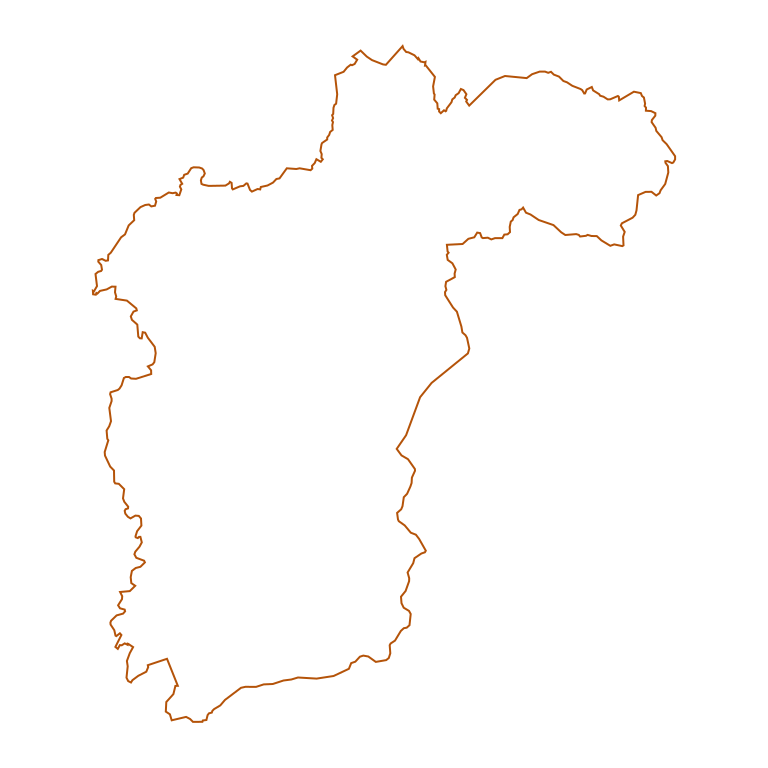 San Diego la Mesa Tochimiltzingo, Puebla, Mexico
{"feature_id": "50627088B84838795319332", "entity_name": "San Diego la Mesa Tochimiltzingo", "entity_type": "district", "adm_level": 2, "iso_a3": "MEX", "parent_name": "Mexico", "parent_adm1": "Puebla", "projection": "albers", "projection_center": [-98.329, 18.762], "detail": "fine", "context": "isolated", "style": "outline", "palette": "amber", "viewbox_px": 768, "rotation_deg": 0, "n_neighbors": 0, "source": "geoboundaries", "source_scale": "gbopen_adm2", "svg_char_len": 6043}
<svg xmlns="http://www.w3.org/2000/svg" viewBox="0 0 768 768"><path d="M98.4,260.1L98.3,261.7L101.2,265.0L102.0,269.7L101.1,271.0L98.2,271.8L95.5,274.0L97.0,286.1L93.9,291.4L92.9,290.8L93.1,294.3L95.8,294.7L96.4,293.0L97.4,293.6L100.0,290.9L106.7,289.4L111.8,286.6L115.5,286.7L115.0,292.3L116.2,296.4L115.6,298.9L126.9,300.6L136.3,308.4L136.8,310.4L133.5,311.6L130.8,316.4L131.9,319.8L137.3,324.6L138.3,336.6L139.9,338.3L141.7,338.4L142.7,332.2L145.2,332.7L147.8,337.7L154.7,346.8L155.7,353.2L154.3,362.2L152.6,364.4L147.9,366.4L151.1,370.3L151.2,374.0L136.0,378.8L131.1,378.5L129.0,377.0L125.7,377.0L123.9,378.0L121.6,385.3L119.5,388.6L117.8,390.0L110.6,392.3L110.1,394.1L111.6,398.7L111.6,401.1L109.3,407.9L111.0,421.2L109.2,426.3L106.6,430.5L107.3,438.8L108.3,440.3L104.7,452.0L105.0,455.6L110.2,466.6L114.0,470.5L114.2,481.7L115.2,483.4L118.8,483.8L124.2,489.2L123.0,498.4L124.3,501.8L128.2,506.7L128.0,508.4L125.6,509.2L124.7,510.8L125.3,513.6L127.9,516.8L130.5,518.4L135.4,515.6L138.8,515.9L141.0,518.5L141.4,525.6L137.1,531.2L135.5,536.3L135.7,537.3L137.8,538.1L139.0,536.9L140.4,536.9L141.8,542.4L139.5,546.7L135.3,551.7L134.4,554.3L136.3,557.8L144.1,560.7L144.9,562.4L140.4,566.8L135.7,568.0L131.9,570.9L130.7,577.2L131.3,583.1L135.2,585.8L129.8,591.1L120.1,592.0L122.2,596.2L122.0,599.1L118.1,605.3L120.0,608.3L124.7,609.6L125.1,611.3L123.1,613.6L116.6,615.4L111.1,620.7L110.4,622.7L110.6,624.6L114.3,630.2L115.5,635.6L116.3,636.1L119.9,633.3L121.4,635.0L115.4,646.9L117.8,648.9L119.9,645.1L121.7,645.3L124.7,643.4L127.6,644.8L127.7,643.7L128.3,643.9L133.1,647.1L129.8,653.1L126.9,661.0L127.7,666.3L126.5,677.7L128.2,681.1L131.0,682.5L132.4,680.2L138.3,675.8L146.3,671.7L148.2,667.1L147.8,665.2L167.0,658.8L177.8,685.8L175.4,685.9L173.4,694.1L166.3,702.0L165.8,711.6L169.9,714.3L171.7,720.3L186.1,716.9L190.1,719.0L193.0,721.9L202.4,721.8L202.8,720.5L206.4,720.0L207.6,715.1L209.0,713.3L211.8,712.6L212.4,710.8L214.1,709.1L220.3,705.4L225.0,699.9L241.0,687.8L245.5,686.8L256.0,686.9L263.7,684.4L272.8,684.0L283.5,680.5L291.3,679.5L298.0,677.5L316.6,678.6L333.6,676.0L348.9,668.8L351.2,663.1L355.3,661.7L359.9,656.7L363.3,655.6L368.3,656.5L375.8,661.9L386.2,660.1L388.8,658.0L390.3,653.3L389.7,645.2L390.6,643.5L395.0,640.6L400.8,631.0L403.8,628.2L406.7,627.7L409.5,625.2L410.7,614.0L409.0,610.9L403.7,607.7L401.5,603.2L401.0,596.7L405.6,591.0L409.1,581.2L409.2,578.2L407.6,572.5L413.2,563.2L414.5,558.2L421.4,553.5L424.9,552.3L425.8,550.7L419.1,538.9L415.9,534.7L410.8,532.7L404.7,525.4L398.8,521.2L398.0,519.5L397.1,512.9L401.2,509.3L402.5,506.2L403.8,497.2L407.1,493.8L410.4,486.5L411.6,483.0L411.9,477.6L415.0,470.8L414.9,469.0L408.0,459.2L401.5,455.4L396.7,448.9L406.1,435.2L420.1,397.2L431.6,382.9L467.9,353.4L469.3,348.5L467.0,337.8L465.5,335.2L462.4,332.5L461.4,326.6L456.9,311.7L453.0,307.5L445.2,295.2L445.0,292.1L446.4,289.9L445.4,286.2L446.1,281.8L454.8,277.1L454.6,273.6L455.7,269.5L452.4,263.3L447.7,259.9L446.8,254.8L448.6,252.7L447.6,251.5L446.9,244.8L462.6,244.0L468.4,238.8L474.3,237.3L477.2,232.6L480.1,233.1L481.7,237.4L482.9,238.1L487.8,237.7L491.3,239.4L495.1,238.1L502.4,238.1L504.3,234.6L507.6,234.3L510.0,232.1L509.7,226.9L510.8,221.6L512.6,220.1L513.6,217.3L517.7,214.0L519.5,209.9L521.6,209.3L523.1,207.6L526.0,212.7L530.5,214.5L538.7,220.0L553.5,225.1L561.2,232.3L565.3,235.0L576.2,234.1L578.8,234.9L580.1,236.5L586.0,235.8L587.6,234.9L591.5,236.0L596.8,236.1L601.4,240.4L610.3,245.8L614.2,244.4L622.3,246.1L623.5,245.4L623.1,236.6L624.7,231.9L620.8,225.5L621.9,223.3L632.6,217.7L635.3,214.8L636.5,210.4L638.1,195.1L645.5,191.9L651.5,191.8L656.2,195.5L659.5,193.2L660.6,190.3L665.2,184.0L668.3,172.5L667.9,166.1L665.5,162.8L665.3,161.3L667.2,161.0L672.0,163.1L673.3,162.5L675.1,159.4L675.1,156.2L666.6,144.1L662.6,140.2L661.6,137.2L656.3,130.9L655.6,127.8L651.6,122.1L651.9,120.0L655.3,115.7L655.4,113.2L651.1,111.1L645.9,110.7L646.0,107.6L644.6,106.0L645.1,103.7L643.9,97.5L642.0,96.0L640.8,93.1L633.9,91.7L619.2,100.4L618.8,96.7L617.9,96.0L610.2,99.3L607.7,99.4L603.5,96.7L600.1,95.7L599.2,94.2L593.1,90.4L591.8,87.0L586.7,89.5L585.1,93.4L584.2,93.5L582.2,90.1L580.5,89.0L572.3,85.8L567.0,82.3L563.4,81.0L559.0,76.6L553.8,74.6L551.0,71.8L548.2,72.8L545.0,71.6L539.7,71.6L532.1,74.2L526.7,78.1L505.0,76.0L495.5,79.8L469.2,105.6L466.2,101.5L467.0,99.9L464.9,97.8L466.4,94.2L463.5,90.1L460.9,89.0L458.6,93.2L455.7,95.2L454.7,97.5L452.3,99.4L451.5,102.2L446.8,108.4L446.2,110.8L445.6,111.3L444.0,110.3L440.8,113.2L439.1,111.5L439.1,109.1L437.7,108.7L437.3,103.3L434.2,99.6L434.6,94.5L433.9,93.5L433.1,86.4L434.9,76.9L425.7,65.3L425.0,65.5L425.5,61.8L424.3,62.3L420.5,61.5L418.7,58.5L418.4,58.1L417.9,59.2L414.5,55.3L408.4,52.3L406.2,52.0L403.5,48.8L402.6,46.1L385.9,64.8L383.0,64.4L372.0,60.1L366.8,56.6L360.6,50.6L352.6,56.4L357.2,59.7L354.6,64.0L352.0,65.2L350.7,64.7L347.1,67.5L343.6,71.8L335.0,75.2L337.2,94.3L336.1,103.7L334.4,105.0L333.5,107.8L333.2,113.9L332.1,115.2L333.1,118.1L332.0,120.5L333.0,122.1L332.3,125.1L332.7,129.9L330.1,132.0L329.2,134.9L327.2,137.5L327.2,139.5L322.2,142.9L321.5,144.3L320.4,151.0L321.7,154.1L321.4,157.8L322.8,159.3L320.8,161.8L316.4,159.2L314.7,163.1L312.0,165.9L312.3,168.6L310.6,170.2L299.6,168.3L296.3,169.0L286.8,168.3L279.5,178.4L276.4,179.0L273.0,182.6L267.5,185.5L260.8,187.0L260.2,189.4L257.6,189.0L251.9,191.6L250.0,189.9L247.5,183.6L246.3,183.4L243.4,185.9L240.1,186.3L232.8,189.4L232.0,188.3L231.6,182.9L229.9,181.8L229.0,183.4L225.4,185.6L208.7,185.9L203.2,184.7L201.5,183.9L200.9,180.3L201.8,177.5L203.4,176.4L204.8,173.5L203.6,170.1L202.1,168.5L199.2,167.5L193.6,167.3L191.2,168.2L187.7,173.6L184.2,174.8L183.2,177.6L179.5,179.1L182.2,183.8L180.5,184.9L179.9,186.6L181.3,189.4L179.3,195.2L176.5,195.0L176.9,193.5L175.7,192.6L172.6,193.2L168.8,192.5L160.3,197.7L155.9,198.0L155.2,198.9L156.2,201.5L155.0,205.7L151.3,206.4L148.9,204.5L145.2,205.0L140.5,207.1L134.5,212.8L133.8,214.9L134.2,220.2L128.7,225.4L125.0,234.4L121.1,237.3L110.8,252.7L108.3,254.9L108.0,260.4L105.7,260.8L102.0,259.0L98.4,260.1Z" fill="none" stroke="#b45309" stroke-width="2"/></svg>